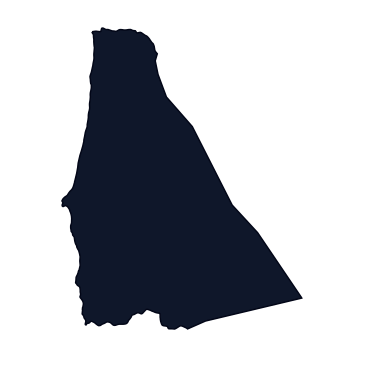 outline of Santa Fe, Colón, Honduras, rotated 280°
{"feature_id": "27666195B82036397342560", "entity_name": "Santa Fe", "entity_type": "district", "adm_level": 2, "iso_a3": "HND", "parent_name": "Honduras", "parent_adm1": "Colón", "projection": "natural_earth1", "projection_center": [-86.12, 15.827], "detail": "fine", "context": "isolated", "style": "filled", "palette": "ink", "viewbox_px": 384, "rotation_deg": 280, "n_neighbors": 0, "source": "geoboundaries", "source_scale": "gbopen_adm2", "svg_char_len": 5652}
<svg xmlns="http://www.w3.org/2000/svg" viewBox="0 0 384 384"><g transform="rotate(280 192 192)"><path d="M332.7,66.4L332.3,66.4L331.6,66.0L331.0,66.6L330.6,67.0L329.9,67.5L329.5,67.7L327.5,68.1L325.0,68.9L323.0,69.2L320.1,69.9L318.7,70.3L317.6,70.7L317.3,70.8L315.4,71.0L310.9,71.4L309.3,71.7L307.7,72.1L306.4,72.3L305.1,72.4L301.3,72.3L299.5,72.4L298.9,72.4L297.6,72.3L294.6,72.2L292.5,72.1L290.1,71.7L288.3,71.5L288.1,71.5L287.2,71.7L285.4,72.3L283.3,72.8L281.7,73.3L281.1,73.5L280.4,74.1L279.9,74.3L278.8,74.5L277.0,74.8L276.1,74.8L274.6,74.8L272.6,74.7L271.8,74.7L270.1,74.9L267.9,75.4L265.8,75.6L264.1,75.7L263.0,75.7L262.5,75.7L261.9,75.7L260.9,75.8L259.8,76.0L258.1,76.4L257.2,76.6L256.1,76.7L254.6,76.7L252.6,76.5L251.0,76.5L249.6,76.6L247.2,77.0L245.3,77.1L244.6,77.1L242.5,77.1L240.5,77.1L240.1,77.1L239.2,77.3L238.1,77.4L237.5,77.4L236.3,77.2L234.0,76.8L232.2,76.6L228.0,76.6L225.0,76.5L224.3,76.5L223.3,76.7L222.8,76.7L221.3,76.6L218.8,76.5L212.9,75.9L208.5,75.3L206.5,75.2L200.6,74.9L196.5,75.2L190.3,75.2L182.6,74.7L181.7,74.6L180.7,74.7L179.7,74.5L178.2,74.4L177.0,74.2L176.1,74.1L175.4,73.9L174.7,73.7L174.1,73.4L173.4,73.1L172.8,72.7L172.1,72.2L171.4,71.7L171.0,71.5L169.6,70.8L168.1,70.2L167.4,69.9L167.0,69.7L166.7,69.5L164.9,67.6L163.4,66.5L162.7,66.1L161.2,65.6L160.9,65.5L160.7,65.5L160.3,65.7L159.6,66.3L159.3,66.6L159.0,66.7L158.7,66.7L158.4,66.7L157.2,66.4L156.9,66.4L156.1,66.5L155.8,66.6L155.6,66.8L155.4,67.2L155.3,67.4L155.4,67.7L155.4,67.8L155.7,68.2L156.3,69.1L156.5,69.3L156.6,69.5L156.6,70.2L156.5,70.7L156.3,71.2L156.1,71.7L155.8,72.1L155.5,72.5L153.5,74.4L153.2,74.5L152.6,74.8L152.0,75.1L150.8,75.9L150.1,76.3L149.0,76.8L147.6,77.4L146.2,77.8L145.0,78.1L141.7,78.6L141.0,78.7L140.2,78.7L138.8,78.5L137.6,78.4L135.4,78.8L134.4,79.2L133.2,79.6L132.4,79.8L132.1,80.0L131.8,80.3L131.5,80.7L131.1,81.2L129.2,81.9L128.9,82.0L128.3,82.6L127.8,83.2L127.5,83.5L127.1,83.8L126.7,84.0L123.6,85.0L121.8,85.8L120.9,86.3L120.3,86.7L119.8,87.1L119.4,87.5L119.0,87.7L118.7,87.9L118.0,88.0L117.4,88.4L116.1,89.3L115.0,90.3L114.4,90.7L112.1,91.8L109.3,92.9L108.7,93.1L104.6,93.5L100.8,94.5L100.2,94.6L99.7,94.6L98.2,94.5L95.8,94.4L95.5,94.4L95.1,94.2L94.8,94.0L93.8,93.9L92.9,93.9L90.3,93.4L88.8,92.9L88.3,92.8L87.9,92.7L86.9,92.8L85.2,93.0L84.0,93.1L83.0,93.1L82.7,93.1L82.3,93.3L82.0,93.5L81.8,93.8L81.3,94.4L80.7,94.9L80.3,95.3L80.0,95.9L79.7,96.5L79.6,97.0L79.3,97.4L79.1,97.6L78.7,98.0L78.1,98.3L76.9,98.7L75.8,99.0L74.5,99.2L73.8,99.4L72.8,99.8L72.4,100.0L71.7,100.1L70.9,100.1L70.4,100.0L69.9,99.9L69.6,99.9L69.3,99.9L69.1,100.0L68.9,100.1L68.7,100.2L67.2,101.8L66.3,102.7L65.7,103.2L65.3,103.5L64.6,103.9L63.8,104.2L63.3,104.4L62.7,104.5L60.3,104.5L60.0,104.5L59.6,104.4L59.3,104.3L57.9,104.4L57.4,104.4L57.1,104.7L56.9,104.7L55.6,104.8L52.9,105.0L52.6,105.2L52.4,105.4L52.2,105.8L51.5,106.4L51.0,106.8L50.5,107.2L50.2,107.3L49.7,107.4L49.2,107.7L48.3,108.6L47.9,109.1L47.6,109.3L47.1,109.6L46.7,109.8L46.1,109.9L45.8,109.9L43.5,109.8L43.2,109.9L42.9,110.0L42.7,110.3L42.8,110.6L42.8,110.8L43.2,110.9L43.6,111.0L43.8,111.2L44.0,111.3L44.6,112.1L44.9,113.0L45.3,113.6L45.5,113.8L46.0,114.1L46.6,114.4L46.9,114.6L47.1,114.9L47.2,115.3L47.3,115.7L47.2,116.0L46.7,117.9L46.3,118.9L45.2,120.8L44.6,122.0L44.4,122.5L44.3,122.9L44.2,123.2L44.2,123.4L44.3,123.8L44.4,124.2L44.7,124.9L45.0,125.3L45.6,125.8L46.3,126.6L47.4,128.4L48.2,129.4L49.1,130.4L49.2,130.7L49.4,131.1L49.4,131.5L49.5,132.2L49.3,134.1L48.5,135.6L47.9,136.4L47.5,137.2L47.3,137.5L47.3,137.8L47.2,138.2L47.2,138.6L47.3,139.1L47.5,139.8L48.6,141.8L48.9,142.5L49.1,143.0L49.3,144.0L49.8,146.9L50.3,148.7L50.7,149.7L50.9,150.0L51.3,150.4L51.8,150.9L52.4,151.2L53.0,151.4L53.6,151.6L53.9,151.6L54.2,151.6L54.5,151.6L54.7,151.8L55.0,152.1L55.2,152.3L58.0,153.7L59.1,154.0L59.8,154.1L60.1,154.2L60.3,154.4L60.6,154.8L61.5,156.5L63.1,158.4L63.3,158.7L63.5,159.2L63.6,159.5L63.7,160.0L63.7,160.4L63.7,160.8L63.6,161.6L63.3,162.4L63.3,163.0L63.3,163.5L63.5,163.8L63.7,164.1L63.9,164.3L65.6,165.4L66.8,166.2L68.1,167.0L68.3,167.3L68.5,167.6L68.6,167.9L68.7,168.3L68.7,169.0L68.6,169.7L68.2,171.9L67.8,173.1L67.5,175.0L67.1,176.5L67.0,177.2L66.9,178.5L66.9,179.7L66.9,180.2L67.1,180.8L66.3,181.7L64.7,182.1L63.3,182.3L62.1,182.7L60.9,183.0L59.0,183.7L56.8,184.9L55.7,185.8L55.4,186.8L55.4,187.6L55.4,188.6L55.5,189.9L55.3,190.9L55.0,191.4L54.3,191.8L53.7,192.2L53.3,192.9L53.4,193.6L53.8,195.8L54.0,198.1L54.1,198.8L54.8,199.8L56.4,201.6L58.0,203.3L58.3,204.5L58.3,205.6L57.6,208.3L57.1,210.2L56.4,211.4L67.3,227.7L106.6,318.5L106.9,318.3L163.4,263.6L186.1,233.8L256.5,180.9L281.1,150.3L301.9,138.1L314.8,133.0L322.1,133.8L323.7,131.9L325.0,130.8L327.3,130.0L329.0,129.4L331.0,128.2L331.6,127.5L332.0,126.8L332.4,126.3L333.4,125.3L334.5,124.2L335.2,123.6L336.6,122.0L337.2,121.1L337.6,120.5L337.8,120.0L338.0,119.1L338.3,118.3L340.0,114.6L340.1,114.2L340.2,113.7L340.2,113.2L340.0,112.8L339.9,112.3L339.3,111.0L339.2,110.4L339.3,110.1L339.3,109.8L339.5,109.4L339.8,109.2L340.2,109.0L340.4,108.8L340.7,108.4L340.9,108.2L340.9,107.6L340.8,106.7L340.8,106.0L340.9,105.1L341.2,104.0L341.3,103.5L341.3,103.0L341.2,102.5L341.1,101.9L340.7,100.7L340.2,99.3L339.9,98.0L339.7,96.6L339.7,95.2L339.6,94.0L339.5,93.3L339.4,92.8L339.2,92.4L338.9,91.8L338.6,91.5L338.0,90.8L337.4,90.0L337.2,89.7L337.1,89.3L336.9,88.6L336.9,88.1L337.0,87.2L336.8,86.0L336.8,85.1L337.2,82.7L337.4,81.2L337.4,80.9L337.2,79.8L337.1,79.3L337.1,79.0L337.2,78.4L337.9,76.3L337.9,75.7L337.9,75.4L337.8,75.1L337.7,74.9L337.5,74.7L337.4,74.6L334.9,74.4L334.4,74.3L334.2,74.1L334.0,73.7L333.9,73.4L333.7,69.9L333.6,69.2L333.4,68.5L333.1,67.5L332.7,66.4Z" fill="#0f172a" stroke="#020617" stroke-width="1.5"/></g></svg>